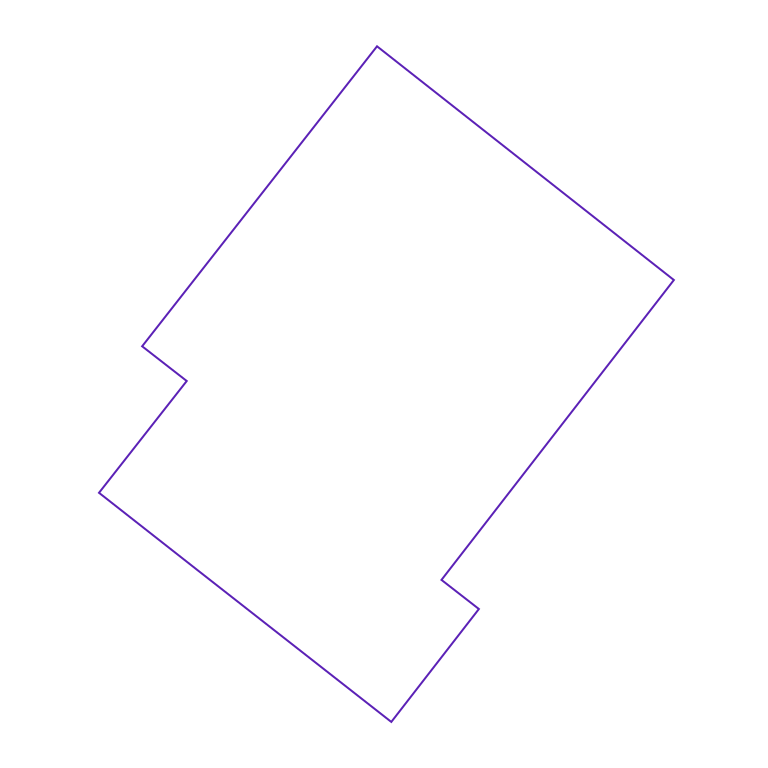 the district of Audubon, Iowa, United States of America, rotated 38°
{"feature_id": "52423323B14166317178885", "entity_name": "Audubon", "entity_type": "district", "adm_level": 2, "iso_a3": "USA", "parent_name": "United States of America", "parent_adm1": "Iowa", "projection": "albers", "projection_center": [-94.918, 41.684], "detail": "fine", "context": "isolated", "style": "outline", "palette": "violet", "viewbox_px": 768, "rotation_deg": 38, "n_neighbors": 0, "source": "geoboundaries", "source_scale": "gbopen_adm2", "svg_char_len": 285}
<svg xmlns="http://www.w3.org/2000/svg" viewBox="0 0 768 768"><g transform="rotate(38 384 384)"><path d="M170.6,122.2L170.2,503.2L226.7,503.1L226.4,645.2L351.3,645.5L597.8,645.8L597.3,502.9L549.9,503.0L548.4,123.6L170.6,122.2Z" fill="none" stroke="#5b21b6" stroke-width="2"/></g></svg>